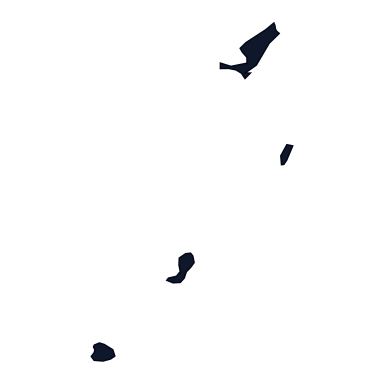 an SVG outline of Grenadines
{"feature_id": "VCT-5064", "entity_name": "Grenadines", "entity_type": "Parish", "adm_level": 1, "iso_a3": "VCT", "parent_name": "Saint Vincent and the Grenadines", "parent_adm1": "", "projection": "mercator", "projection_center": [-61.301, 12.818], "detail": "fine", "context": "isolated", "style": "filled", "palette": "ink", "viewbox_px": 384, "rotation_deg": 0, "n_neighbors": 0, "source": "natural_earth", "source_scale": "10m", "svg_char_len": 813}
<svg xmlns="http://www.w3.org/2000/svg" viewBox="0 0 384 384"><path d="M279.2,33.4L269.1,43.3L256.3,65.1L245.0,73.1L250.3,73.1L245.0,78.5L241.4,73.1L235.8,69.8L228.6,68.4L220.4,68.5L220.4,63.1L230.9,66.4L247.0,63.2L247.0,57.4L242.3,52.0L240.2,48.3L246.0,42.6L265.7,29.8L273.9,23.0L275.0,25.8L275.3,28.5L276.3,31.0L279.2,33.4ZM190.6,253.2L192.8,256.0L194.1,262.6L190.4,267.6L186.3,271.8L184.2,278.1L180.3,282.4L173.1,282.8L166.8,280.3L168.5,278.1L176.5,276.3L180.3,271.5L179.0,265.1L179.3,258.0L185.7,253.7L190.6,253.2ZM104.3,344.5L112.8,349.8L114.8,356.1L110.5,359.0L103.0,361.0L94.1,360.3L91.3,356.4L94.2,352.7L94.9,349.6L93.5,347.0L94.3,345.1L99.4,343.0L104.3,344.5ZM280.8,155.8L286.9,144.7L292.7,145.9L286.6,160.3L283.8,164.4L281.5,164.7L280.8,155.8Z" fill="#0f172a" stroke="#020617" stroke-width="1.5"/></svg>